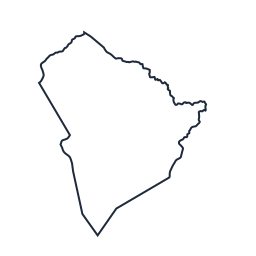 San Isidro, Intibucá, Honduras, rotated 351°
{"feature_id": "27666195B3515972016416", "entity_name": "San Isidro", "entity_type": "district", "adm_level": 2, "iso_a3": "HND", "parent_name": "Honduras", "parent_adm1": "Intibucá", "projection": "mercator", "projection_center": [-88.099, 14.565], "detail": "fine", "context": "isolated", "style": "outline", "palette": "slate", "viewbox_px": 256, "rotation_deg": 351, "n_neighbors": 0, "source": "geoboundaries", "source_scale": "gbopen_adm2", "svg_char_len": 5653}
<svg xmlns="http://www.w3.org/2000/svg" viewBox="0 0 256 256"><g transform="rotate(351 128 128)"><path d="M103.9,205.7L161.1,183.3L161.5,182.5L161.8,181.4L161.9,180.2L162.1,179.4L162.8,177.4L166.0,172.6L166.9,171.5L168.7,169.4L169.8,168.0L170.4,167.4L170.9,167.1L171.5,166.8L173.6,166.1L175.1,165.5L175.3,165.3L175.5,165.1L176.0,164.1L177.9,159.6L178.8,157.7L179.0,157.2L179.1,156.8L179.0,156.4L179.0,156.0L178.6,155.3L177.7,153.8L176.6,152.4L176.3,152.0L176.1,151.6L176.0,151.1L176.0,150.6L176.1,150.1L176.3,149.6L176.6,149.3L176.9,149.0L177.5,148.7L178.9,148.2L179.4,148.1L180.1,147.9L180.4,147.8L181.3,147.0L181.9,146.2L182.2,146.0L182.5,145.9L183.0,145.9L183.7,146.1L184.2,146.2L184.6,146.2L184.8,146.0L185.1,145.8L185.2,145.4L185.3,145.1L185.4,144.2L185.5,143.9L185.7,143.5L185.8,143.4L186.1,143.3L186.6,143.1L187.3,142.9L187.6,142.8L187.7,142.6L187.8,142.2L187.8,141.5L187.8,141.3L188.0,140.8L188.1,140.4L188.4,140.1L188.8,139.9L189.0,139.7L189.8,138.5L190.2,138.0L190.8,137.5L191.1,137.3L191.3,137.2L192.0,137.0L193.4,136.9L194.7,136.9L195.0,136.9L195.4,136.7L195.8,136.5L196.1,136.3L197.6,135.1L198.9,134.3L199.4,133.8L199.6,133.6L199.7,133.3L199.8,133.1L199.8,132.9L199.7,132.5L199.3,131.9L199.2,131.4L199.1,131.0L200.1,128.0L200.4,123.6L200.4,123.4L200.6,123.2L201.1,122.9L201.5,122.8L202.0,122.7L202.4,122.7L202.7,122.7L203.3,123.0L203.6,123.1L203.9,123.1L204.2,123.1L204.4,123.0L204.7,122.7L205.0,122.5L205.5,122.2L205.9,122.1L206.1,122.2L206.4,122.3L206.8,122.5L207.1,122.9L207.3,122.8L207.6,122.4L207.7,121.9L207.7,121.4L207.6,120.7L207.6,120.3L207.7,119.6L207.9,118.7L208.1,117.9L208.4,117.6L208.7,117.2L208.8,117.0L208.8,116.8L208.7,116.5L208.3,115.9L208.0,115.2L207.6,113.9L207.1,113.8L206.6,113.8L206.2,113.8L205.8,113.9L205.7,113.9L204.2,112.9L203.7,112.8L203.4,112.8L203.1,112.9L202.4,113.2L201.6,113.7L201.1,113.8L200.8,113.9L200.3,113.8L198.3,113.6L197.8,113.6L197.3,113.7L197.0,113.8L196.6,114.1L196.1,114.6L195.6,115.2L195.5,115.3L195.2,115.3L194.9,115.2L194.5,114.7L193.6,113.7L193.2,113.2L192.6,112.7L192.2,112.5L191.6,112.4L190.5,112.4L189.7,112.5L189.4,112.4L189.3,112.1L189.1,111.7L188.9,111.6L188.4,111.5L187.9,111.6L187.4,111.6L187.1,111.7L186.7,111.9L186.2,112.4L185.7,112.7L185.4,112.9L185.0,113.0L184.7,113.0L184.4,112.9L184.1,112.7L183.7,112.4L183.5,112.2L182.5,111.9L181.6,111.6L181.4,111.7L181.2,111.7L179.9,112.6L179.2,112.7L178.8,112.6L178.6,112.5L178.4,112.2L177.9,111.2L177.4,109.8L177.2,108.7L177.2,108.4L177.2,107.9L177.2,107.4L177.3,106.9L177.4,106.6L177.7,106.3L178.0,105.7L177.3,104.9L176.5,103.6L176.1,103.2L175.5,102.8L175.1,102.4L174.9,100.4L174.9,99.8L175.1,99.3L175.1,99.0L175.2,98.2L175.2,97.8L175.1,97.6L174.9,97.5L174.3,97.1L173.9,96.7L173.7,96.4L173.4,95.9L173.4,95.6L173.5,95.5L173.5,95.4L173.8,95.2L174.0,94.9L174.0,94.6L173.8,94.1L173.7,93.4L173.8,93.0L174.0,92.7L174.1,92.4L174.2,92.0L174.1,91.7L173.9,91.5L173.6,91.6L173.2,91.4L173.0,91.2L172.8,90.8L172.4,89.6L172.0,89.1L171.6,88.8L171.5,88.7L171.4,88.8L170.9,89.0L169.9,89.3L169.6,89.3L169.3,89.3L169.1,89.2L168.9,89.1L168.7,88.8L168.5,88.5L168.3,87.9L168.0,87.2L167.1,85.6L166.8,85.5L166.7,85.5L166.1,85.6L165.6,85.7L165.3,85.6L165.1,85.4L165.0,85.2L165.0,84.7L164.9,84.5L164.8,84.3L163.1,84.7L162.8,84.7L162.6,84.6L162.5,84.4L162.4,84.1L162.3,83.4L162.3,82.2L162.2,81.8L162.0,81.7L160.1,81.7L159.0,81.6L158.2,81.5L158.0,81.3L157.7,81.1L157.6,80.9L157.6,80.7L157.7,80.0L157.5,79.3L157.4,78.4L157.4,77.9L157.6,77.4L158.0,77.0L158.1,76.7L158.2,76.2L158.4,74.9L158.6,74.3L158.6,74.0L156.2,72.5L155.4,72.2L154.8,71.9L154.3,71.8L153.1,71.6L152.8,71.5L152.6,71.4L152.5,71.1L152.3,69.5L152.3,68.3L152.3,67.6L152.3,67.2L152.1,67.1L151.9,67.0L151.7,66.9L151.3,67.0L151.0,67.0L150.6,66.9L150.3,66.7L150.1,66.5L149.9,66.3L149.8,65.8L149.7,65.6L149.3,65.1L148.8,64.8L148.4,64.6L147.6,64.4L146.7,63.9L146.1,63.7L145.9,63.6L145.4,63.7L144.8,63.6L144.3,63.4L143.7,63.1L143.2,63.0L142.7,63.0L142.2,63.0L140.4,63.2L139.6,63.3L139.2,63.2L138.9,62.9L138.7,62.8L137.1,62.6L135.6,61.9L133.3,60.8L133.1,60.6L133.0,60.2L132.7,58.6L132.5,58.4L132.3,58.2L131.7,58.0L130.3,57.7L129.3,57.5L129.1,57.5L127.8,57.6L127.4,57.6L126.9,57.5L126.5,57.3L125.7,56.4L123.6,53.7L122.8,52.8L121.8,51.8L119.7,50.3L119.2,49.8L118.7,49.3L118.3,48.6L117.8,47.6L117.2,46.2L116.8,44.9L116.5,44.5L105.6,31.9L99.7,26.7L99.6,27.6L99.4,28.2L99.2,28.4L98.8,28.6L97.9,28.9L96.6,29.3L95.2,29.6L93.6,29.6L91.9,29.3L91.5,29.4L91.0,29.4L90.6,29.6L90.3,29.8L90.1,30.0L90.0,30.4L89.9,30.6L89.6,30.8L89.3,31.1L88.4,31.5L88.0,31.6L87.4,31.7L86.9,31.9L86.6,32.1L86.3,32.5L86.2,32.8L86.1,33.3L85.9,33.7L85.6,34.3L85.2,34.7L84.6,35.1L83.4,35.6L82.2,36.2L81.9,36.5L81.4,37.2L80.8,37.9L80.2,38.4L79.5,38.9L79.0,39.1L78.8,39.1L78.3,39.1L77.9,39.3L75.9,41.5L75.6,41.8L75.4,41.9L75.0,42.0L74.5,42.1L72.9,41.9L71.8,41.9L71.3,42.0L70.7,42.4L70.3,42.5L70.0,42.5L69.3,42.3L68.3,42.3L68.0,42.4L67.4,42.7L66.4,43.3L65.5,43.7L65.1,43.8L64.4,43.7L63.8,43.8L63.0,43.9L62.3,44.1L62.1,44.2L61.7,44.4L61.2,45.0L60.7,45.3L59.3,46.3L58.5,46.9L57.9,47.4L57.2,48.2L56.4,48.9L55.6,49.3L53.9,50.1L53.0,50.6L52.7,50.8L52.5,51.0L52.2,51.3L51.9,52.0L51.7,52.7L51.7,53.4L51.8,54.3L51.9,55.1L52.0,55.6L52.4,56.9L52.6,57.6L52.8,59.4L53.0,60.6L53.0,61.7L53.0,62.3L52.9,62.9L52.5,63.8L51.9,64.8L51.1,66.0L50.2,67.1L49.5,68.0L48.7,68.6L48.2,69.0L47.2,69.5L69.5,125.9L68.7,126.9L67.7,127.9L67.0,128.5L66.3,128.9L65.7,129.1L64.9,129.3L64.0,129.5L62.0,129.8L61.1,130.1L60.8,130.2L60.6,130.4L60.2,131.0L59.9,131.6L59.3,132.8L59.1,133.2L58.8,133.6L59.9,137.4L60.3,140.0L61.1,141.9L62.3,143.5L65.1,146.3L66.1,147.9L66.7,150.5L67.2,154.3L67.0,162.3L69.5,205.8L81.2,229.3L103.9,205.7Z" fill="none" stroke="#1e293b" stroke-width="2"/></g></svg>